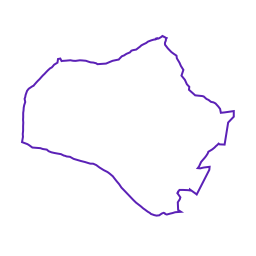 the district of Uhunmwonde, Edo, Nigeria, rotated 266°
{"feature_id": "59680162B15998169506024", "entity_name": "Uhunmwonde", "entity_type": "district", "adm_level": 2, "iso_a3": "NGA", "parent_name": "Nigeria", "parent_adm1": "Edo", "projection": "mercator", "projection_center": [5.917, 6.501], "detail": "fine", "context": "isolated", "style": "outline", "palette": "violet", "viewbox_px": 256, "rotation_deg": 266, "n_neighbors": 0, "source": "geoboundaries", "source_scale": "gbopen_adm2", "svg_char_len": 2856}
<svg xmlns="http://www.w3.org/2000/svg" viewBox="0 0 256 256"><g transform="rotate(266 128 128)"><path d="M121.3,21.3L118.9,26.6L117.5,28.5L115.2,31.2L114.0,39.2L113.0,41.5L112.1,45.5L110.4,47.2L109.1,49.9L108.2,52.9L107.5,55.6L106.6,59.3L105.0,62.0L104.7,63.1L103.9,64.8L103.3,68.1L101.0,71.6L99.0,77.0L98.4,78.6L97.1,82.6L95.1,87.8L94.8,90.8L93.2,93.8L90.6,96.8L87.7,100.8L85.5,104.5L83.8,106.5L80.9,109.5L78.9,110.8L78.3,111.2L75.8,112.9L72.5,115.3L69.0,117.3L67.0,119.0L65.1,120.6L55.8,128.3L54.9,129.1L52.9,130.9L49.0,135.3L46.7,137.6L45.1,139.6L44.1,140.7L42.8,142.3L41.9,143.7L40.6,145.0L39.9,146.7L39.3,148.0L38.6,150.4L38.7,152.0L38.7,153.0L39.3,154.0L40.3,155.7L40.9,157.6L40.5,158.6L39.6,159.2L39.0,160.7L39.3,162.3L39.7,164.3L40.0,166.3L40.6,168.8L40.7,169.6L40.7,175.0L42.7,172.3L50.4,172.5L51.2,173.1L53.3,174.7L55.2,175.4L59.6,172.7L60.3,173.5L60.8,173.4L61.1,173.5L61.8,174.4L62.3,174.8L62.6,175.0L62.4,177.9L62.4,178.4L61.8,183.6L61.4,185.4L62.3,185.5L57.5,191.3L56.9,191.9L66.0,197.4L80.6,206.2L83.6,206.7L83.3,201.1L83.1,199.5L82.7,197.3L83.1,194.8L84.7,196.2L89.1,198.6L93.2,202.7L94.8,204.1L97.1,205.8L98.7,206.5L99.9,208.9L100.8,210.6L102.4,212.9L103.9,214.6L104.9,216.0L106.1,217.3L105.3,218.2L104.7,223.2L126.5,228.3L131.9,234.3L137.5,234.7L136.8,225.1L136.7,221.7L138.9,221.4L140.6,221.2L143.1,219.6L146.4,217.0L147.6,215.1L148.3,212.6L150.4,210.3L151.5,208.3L153.8,206.1L154.2,205.7L154.7,204.2L155.9,197.3L158.7,194.6L159.9,193.4L161.9,191.5L164.8,192.0L167.5,189.8L172.1,188.1L176.5,185.0L182.1,187.3L186.2,185.1L189.6,183.9L194.1,181.6L196.8,181.4L198.9,178.7L200.7,176.6L204.5,173.4L208.4,170.8L209.4,170.7L210.7,170.9L212.5,171.8L213.8,172.0L215.0,172.8L215.5,171.6L216.1,171.0L216.4,170.5L216.5,170.0L216.8,169.8L216.8,169.5L217.1,169.2L217.4,168.7L216.8,168.0L216.2,167.0L215.1,164.7L215.2,164.2L215.2,163.3L215.5,163.2L215.3,162.4L214.8,162.7L214.4,161.3L214.4,160.0L213.8,157.3L212.8,154.0L211.5,152.0L210.5,149.4L209.5,147.1L208.2,145.5L207.4,144.2L205.7,141.7L205.3,138.5L204.9,136.8L203.3,135.2L202.7,133.5L202.3,132.2L201.7,130.9L200.7,129.2L200.0,126.9L197.9,124.5L196.9,123.5L196.8,122.3L196.1,117.3L195.1,114.3L193.8,110.6L193.8,108.7L193.8,105.7L193.8,104.0L193.8,102.0L194.8,100.7L195.7,98.0L196.1,95.3L197.0,93.0L198.0,90.7L198.6,87.0L198.9,84.7L198.6,80.3L198.9,78.0L199.1,77.1L199.6,75.3L199.5,71.0L199.5,69.0L199.5,67.4L199.4,66.4L202.0,65.3L201.7,63.0L198.1,62.2L196.3,58.7L194.5,57.0L193.7,56.1L193.0,54.5L191.1,52.1L189.4,50.2L188.0,48.7L187.8,48.5L186.5,46.9L184.9,45.2L182.9,43.2L181.3,41.3L179.7,39.6L177.4,37.3L176.7,36.7L176.4,35.7L174.1,31.7L172.1,29.9L168.2,28.2L165.9,27.6L164.3,26.9L161.1,27.3L157.9,26.0L155.6,25.4L152.7,25.0L150.4,24.5L146.2,24.2L143.6,23.9L140.7,23.9L137.2,23.5L133.0,23.2L132.1,23.1L129.4,22.6L126.5,22.6L121.3,21.3Z" fill="none" stroke="#5b21b6" stroke-width="2"/></g></svg>